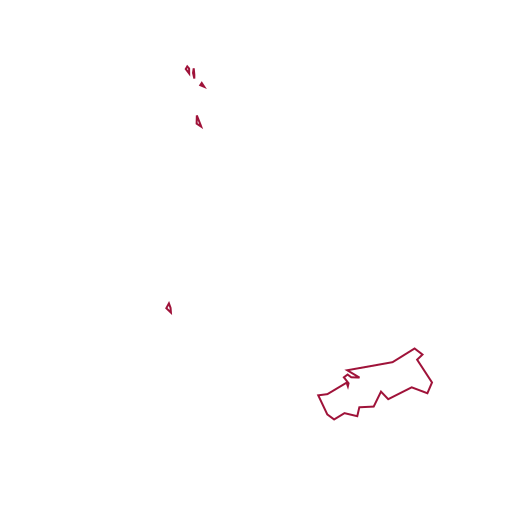 SVG path tracing the border of Portugal, rotated 63°
{"feature_id": "PRT", "entity_name": "Portugal", "entity_type": "country or territory", "adm_level": 0, "iso_a3": "PRT", "parent_name": "Europe", "parent_adm1": "", "projection": "robinson", "projection_center": [-13.235, 37.393], "detail": "coarse", "context": "isolated", "style": "outline", "palette": "rose", "viewbox_px": 512, "rotation_deg": 63, "n_neighbors": 0, "source": "natural_earth", "source_scale": "50m", "svg_char_len": 756}
<svg xmlns="http://www.w3.org/2000/svg" viewBox="0 0 512 512"><g transform="rotate(63 256 256)"><path d="M410.4,156.7L419.4,152.4L421.5,159.5L448.6,156.6L456.1,165.6L443.7,176.9L443.6,203.2L433.6,206.2L443.6,219.5L437.7,232.6L444.7,238.5L436.2,248.5L437.1,260.6L429.5,264.4L408.4,263.8L411.5,255.1L410.0,232.8L413.8,233.3L411.4,231.3L404.0,232.8L403.2,228.2L407.3,226.2L411.3,219.0L399.2,226.6L412.6,182.5L410.4,156.7ZM103.9,244.9L114.4,245.9L115.9,246.1L111.1,248.8L103.9,244.9ZM258.7,355.1L263.5,355.7L267.8,357.5L261.8,359.6L258.7,355.1ZM63.1,232.7L57.5,233.7L55.9,231.2L58.6,230.5L63.1,232.7ZM81.8,225.3L78.5,228.1L77.2,225.8L81.8,225.3ZM69.9,230.4L64.3,229.0L60.5,226.3L66.6,228.7L69.9,230.4Z" fill="none" stroke="#9f1239" stroke-width="2"/></g></svg>